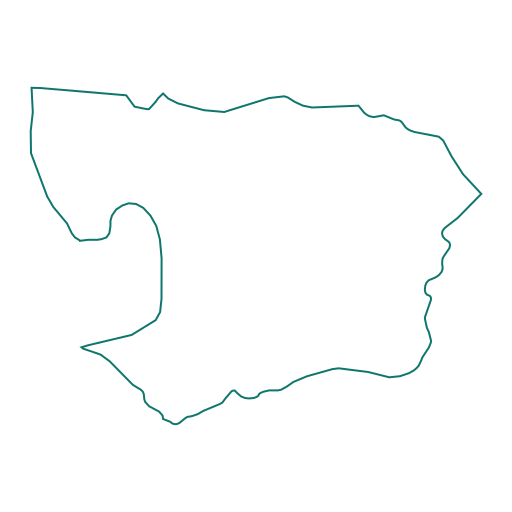 the border of Batdâmbâng
{"feature_id": "KHM-1778", "entity_name": "Batdâmbâng", "entity_type": "Province", "adm_level": 1, "iso_a3": "KHM", "parent_name": "Cambodia", "parent_adm1": "", "projection": "albers", "projection_center": [103.119, 12.947], "detail": "fine", "context": "isolated", "style": "outline", "palette": "teal", "viewbox_px": 512, "rotation_deg": 0, "n_neighbors": 0, "source": "natural_earth", "source_scale": "10m", "svg_char_len": 2306}
<svg xmlns="http://www.w3.org/2000/svg" viewBox="0 0 512 512"><path d="M163.1,419.0L162.6,415.6L159.1,411.6L149.2,406.3L145.1,401.8L144.3,399.3L143.8,394.1L142.7,391.5L140.5,389.5L132.9,384.9L109.7,361.3L100.6,354.6L83.3,348.7L81.5,347.3L88.0,345.3L131.7,334.9L155.7,320.1L160.1,312.1L161.5,299.0L161.6,258.4L159.9,239.5L156.3,226.0L150.5,215.7L143.3,207.9L136.1,204.0L128.7,203.3L122.3,205.5L116.2,209.5L112.0,215.5L110.5,220.6L110.4,226.6L109.3,233.3L106.5,237.4L101.4,239.2L97.3,239.8L88.0,239.8L80.0,240.8L80.0,240.5L74.9,237.4L71.8,233.3L67.0,223.4L53.3,207.0L47.2,196.5L31.3,154.0L31.0,153.2L30.7,131.2L32.8,112.2L31.6,88.6L31.6,87.8L40.0,88.0L126.2,95.3L134.6,106.7L146.5,109.1L149.0,109.1L155.7,101.8L158.2,98.2L163.1,93.5L168.2,98.5L177.9,103.4L204.0,110.2L224.3,112.0L228.6,110.6L268.9,98.1L284.2,96.3L287.9,97.5L294.6,101.8L302.8,105.6L311.9,107.5L358.5,105.7L364.3,112.9L366.7,114.7L369.3,116.2L373.8,117.1L383.8,115.3L394.2,119.5L398.8,120.3L400.3,120.9L401.8,122.2L405.4,127.2L407.4,128.9L410.0,130.4L414.5,132.0L438.8,136.7L443.2,140.5L451.5,156.3L463.1,174.3L481.3,193.9L457.6,218.0L445.1,227.7L443.8,229.1L442.6,230.9L442.0,233.3L442.8,236.3L444.3,238.4L445.6,239.6L447.5,240.9L449.3,242.4L450.1,245.0L449.3,248.3L444.1,255.8L442.5,258.7L442.2,262.4L442.2,264.3L442.6,266.9L442.5,269.4L441.6,271.9L439.1,274.9L437.0,276.5L435.1,277.6L428.9,280.2L427.9,281.1L426.4,282.8L425.3,285.6L424.8,289.9L425.5,292.9L427.0,294.7L429.3,295.6L430.0,296.1L430.5,296.7L430.8,297.5L431.0,298.6L431.0,299.1L430.8,300.3L424.9,317.3L425.1,319.7L426.9,327.8L428.9,332.2L430.9,340.1L431.0,341.3L430.8,342.7L428.8,347.6L422.5,357.2L421.8,358.8L421.7,359.4L418.8,365.5L416.8,367.9L413.9,370.4L408.9,373.2L400.0,376.2L389.3,377.3L368.2,372.0L338.7,368.3L332.5,369.1L306.9,376.3L293.5,381.9L286.6,386.7L281.2,389.7L277.8,390.4L269.1,390.4L263.2,391.8L260.7,392.9L259.4,393.7L258.3,395.6L257.6,396.3L256.2,397.1L254.1,397.9L251.0,398.3L248.6,398.4L246.5,398.2L244.8,397.9L241.2,396.5L237.0,392.9L235.2,391.0L234.6,390.5L232.8,390.7L231.6,391.2L225.7,398.1L222.3,402.6L219.9,404.0L203.5,410.8L197.8,414.1L193.3,415.7L190.2,416.5L187.3,416.9L185.1,418.3L179.5,422.9L177.4,423.9L175.5,424.2L174.1,424.0L172.9,423.7L172.2,423.3L171.7,423.0L170.4,421.9L163.1,419.0Z" fill="none" stroke="#0f766e" stroke-width="2"/></svg>